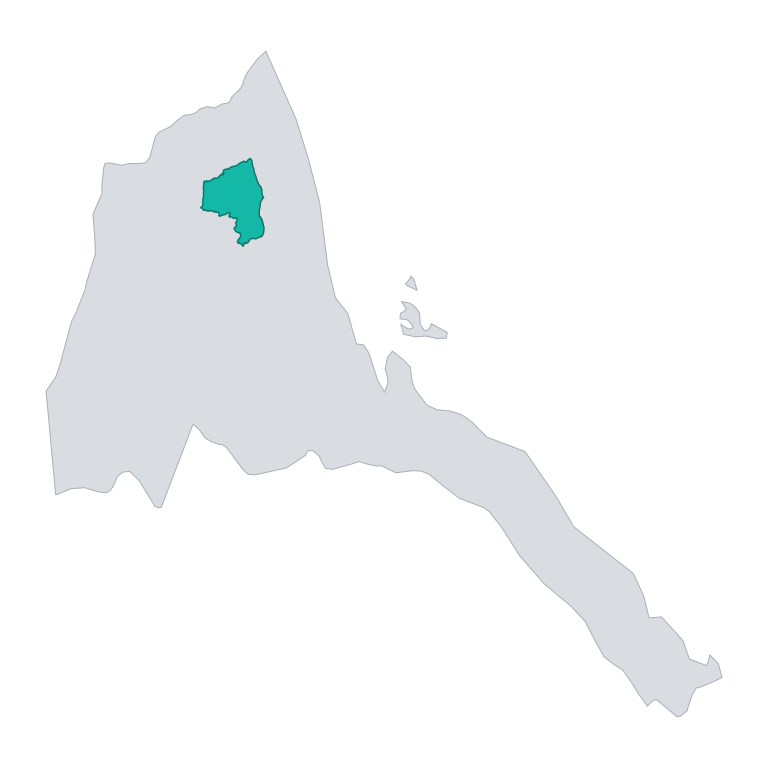 Nakfa, Semenawi Keyih Bahri, Eritrea shown in context
{"feature_id": "51966322B11242853993597", "entity_name": "Nakfa", "entity_type": "district", "adm_level": 2, "iso_a3": "ERI", "parent_name": "Eritrea", "parent_adm1": "Semenawi Keyih Bahri", "projection": "natural_earth1", "projection_center": [38.262, 16.728], "detail": "fine", "context": "in_parent", "style": "filled", "palette": "teal", "viewbox_px": 768, "rotation_deg": 0, "n_neighbors": 0, "source": "geoboundaries", "source_scale": "gbopen_adm2", "svg_char_len": 8147}
<svg xmlns="http://www.w3.org/2000/svg" viewBox="0 0 768 768"><path d="M55.7,494.6L52.5,460.6L50.4,437.9L48.2,413.8L46.1,391.1L55.7,377.2L60.2,363.9L71.7,320.9L76.2,312.3L85.2,289.2L86.5,282.6L95.4,253.5L94.6,234.2L92.9,214.6L97.7,203.1L102.0,193.8L101.8,186.0L103.7,167.8L105.1,163.3L110.4,163.0L121.3,165.3L129.2,163.5L138.4,163.5L145.5,162.9L149.8,157.4L155.5,136.2L159.3,131.9L162.1,130.6L170.3,126.7L177.2,120.5L182.9,116.1L185.0,115.2L191.0,114.6L197.0,112.0L199.7,109.0L207.3,106.6L214.7,108.0L219.7,105.3L223.0,103.7L226.7,103.5L230.2,101.1L231.6,97.3L233.8,94.9L239.6,89.4L242.3,85.4L243.5,81.4L244.6,78.1L247.2,72.8L257.2,59.2L265.9,51.3L296.3,119.7L308.7,160.1L319.6,202.3L327.7,265.6L335.4,297.8L347.9,313.7L356.4,343.8L363.7,345.0L369.0,353.2L378.1,381.5L384.6,392.0L388.0,382.9L387.6,377.7L385.1,369.0L387.4,357.8L392.4,351.1L404.0,360.3L410.3,367.2L412.0,381.1L414.7,388.8L426.8,405.1L437.0,409.8L450.3,411.0L461.4,414.6L470.3,420.6L486.9,437.1L525.0,451.6L555.8,496.1L573.9,526.9L633.4,573.6L643.7,596.0L649.1,617.9L661.6,616.9L683.1,640.8L689.4,659.1L707.0,665.7L709.9,654.9L718.4,663.8L721.9,677.5L710.7,682.9L698.4,687.8L696.6,687.6L692.5,693.9L686.8,711.2L680.3,716.2L676.9,716.7L657.6,700.5L654.6,699.6L650.4,702.8L647.4,706.1L638.4,693.8L631.8,683.0L622.6,670.0L613.7,664.2L604.1,656.9L594.7,640.0L585.0,621.3L570.8,606.0L544.3,584.0L519.9,556.1L501.3,526.9L489.3,511.7L484.1,507.8L459.4,498.3L442.1,485.0L428.7,474.0L420.6,471.0L412.7,470.7L395.8,472.8L381.8,465.9L375.9,465.9L366.5,463.9L359.1,461.5L350.5,464.4L332.8,469.3L325.5,468.3L321.5,461.4L319.2,456.1L313.0,450.7L307.9,450.7L305.1,455.6L286.5,467.9L255.5,474.8L248.1,474.3L242.7,469.3L227.0,448.1L222.5,444.7L219.0,444.4L211.7,441.9L204.9,437.8L198.9,429.1L193.0,424.2L186.5,441.2L175.2,470.9L169.1,486.8L161.3,507.3L158.9,507.9L154.9,506.4L139.4,480.9L129.7,471.3L122.4,472.2L117.1,476.9L113.7,485.4L110.1,490.7L106.2,492.8L97.7,491.8L84.7,487.7L71.3,488.6L57.5,494.4L55.7,494.6ZM420.3,324.4L424.5,330.7L427.4,330.1L429.7,328.0L431.3,323.6L447.2,332.4L446.3,338.2L436.8,338.5L425.8,336.0L415.7,336.9L403.6,334.3L400.8,324.4L408.5,329.2L412.5,328.0L413.2,326.7L407.7,320.0L400.0,318.7L400.5,313.4L404.0,311.4L406.1,308.8L401.7,301.6L410.3,303.2L415.8,307.6L419.4,312.7L420.3,324.4ZM413.7,278.8L417.1,290.2L407.2,285.8L405.6,283.5L409.9,278.9L410.8,276.2L413.7,278.8Z" fill="#d9dde1" stroke="#a8b0b8" stroke-width="1"/><path d="M203.7,190.5L203.6,191.7L203.5,192.6L203.5,193.4L203.7,194.8L203.6,195.0L203.6,195.7L203.7,196.3L203.5,196.7L203.4,197.2L203.1,197.6L203.0,198.2L203.0,201.2L202.8,201.4L202.8,202.0L202.9,203.3L202.8,205.0L202.7,205.2L202.7,205.6L202.6,205.9L202.3,206.4L202.2,206.4L201.7,206.9L201.3,207.3L201.1,207.3L200.8,207.4L200.7,207.7L200.8,207.8L201.0,207.9L201.3,207.9L201.6,207.9L202.3,208.4L202.8,209.0L203.2,209.5L203.4,210.1L203.6,210.3L203.9,210.4L204.4,210.2L204.7,209.9L205.7,210.2L205.9,210.4L206.4,210.5L207.0,210.9L207.6,210.8L208.3,211.0L208.6,210.9L208.9,210.9L209.2,210.7L209.4,211.0L209.8,210.8L210.8,210.6L211.3,210.7L211.8,210.8L212.9,211.5L214.0,211.9L214.5,211.8L215.1,211.3L215.3,211.2L215.6,211.4L215.9,212.1L216.0,212.4L216.6,212.3L217.3,212.1L217.8,212.1L218.3,212.2L218.6,212.4L219.1,213.2L219.1,213.6L219.0,213.9L219.2,214.6L219.1,214.9L218.8,215.3L218.8,215.6L219.1,216.0L219.3,216.1L219.6,216.2L219.8,216.2L220.5,215.9L221.4,215.5L221.7,215.3L222.2,215.1L222.9,215.1L223.6,214.8L224.0,214.6L225.0,214.7L225.6,214.5L226.1,214.0L226.7,213.6L227.1,213.3L227.6,213.2L227.8,213.1L228.1,213.0L228.7,213.0L229.0,212.9L229.9,212.9L229.8,213.6L229.7,214.1L229.5,214.6L229.1,215.4L229.0,215.9L229.1,216.3L229.2,216.5L229.7,217.0L229.9,217.2L230.0,217.2L230.4,216.7L230.9,216.7L232.4,217.5L233.0,218.0L233.3,218.1L233.6,218.4L234.4,218.5L235.0,218.4L235.5,217.9L235.7,217.7L236.1,217.7L236.5,217.9L237.0,218.5L237.2,219.4L237.2,219.7L237.0,220.4L236.6,221.0L236.1,221.8L235.9,222.6L235.7,223.3L235.7,223.6L236.1,224.3L236.4,225.2L236.4,226.0L236.2,226.4L235.4,226.9L235.1,227.4L234.7,227.5L234.4,227.8L234.2,228.3L234.2,228.5L234.5,229.4L234.7,229.9L235.1,230.3L235.5,231.1L236.1,231.7L236.3,231.8L236.7,231.9L237.2,232.1L238.1,232.3L238.6,232.5L238.8,232.7L239.1,232.9L239.3,232.9L239.7,232.6L240.0,232.6L240.2,233.9L240.3,234.1L240.4,234.6L240.7,235.5L240.7,236.4L240.4,237.1L239.9,237.7L239.4,238.2L239.2,238.5L238.8,239.1L238.6,239.5L238.2,239.9L237.6,241.0L237.5,241.5L237.6,242.1L237.9,242.8L238.2,243.1L238.4,243.2L238.6,243.1L238.8,242.8L239.3,242.6L239.5,242.8L239.8,243.5L240.5,243.7L241.8,244.3L242.2,244.9L242.5,245.4L242.6,246.1L242.9,246.1L243.5,245.6L243.5,244.9L243.6,244.4L243.9,244.0L244.4,243.9L244.5,243.8L244.5,243.6L244.4,243.1L244.4,242.9L244.5,242.8L244.8,242.7L245.0,242.7L245.3,242.9L245.7,242.9L245.9,243.0L246.1,243.2L246.2,243.3L246.3,243.2L246.6,242.9L246.9,242.6L247.2,242.6L247.5,242.9L247.8,242.7L248.2,242.0L249.1,241.2L249.0,240.9L249.1,240.7L249.2,240.4L249.5,240.0L250.4,239.1L250.9,238.7L251.2,238.6L252.2,238.6L252.7,238.5L252.9,238.5L253.5,238.5L254.1,238.4L254.3,238.4L255.0,238.7L255.4,238.8L256.6,238.6L257.1,238.1L258.9,237.5L259.2,237.2L259.6,237.1L259.9,237.0L260.3,236.8L260.8,236.7L261.4,236.8L261.5,236.8L261.6,236.7L262.1,235.9L262.8,234.8L263.4,233.3L263.7,232.3L263.8,231.3L263.8,230.9L263.7,230.4L263.9,229.5L264.0,227.9L264.0,227.6L263.8,226.7L263.5,226.2L263.2,224.2L263.1,223.8L262.9,222.9L262.5,222.2L262.4,221.7L262.4,221.0L262.4,220.6L262.3,220.4L262.2,220.2L261.9,219.9L261.6,219.3L261.5,219.0L261.2,218.6L261.0,217.8L260.8,217.5L260.4,216.9L260.1,216.7L259.8,216.6L259.6,216.5L259.4,215.8L259.3,215.4L259.2,215.0L259.3,212.5L259.2,211.3L259.3,209.9L259.5,208.9L260.0,207.4L260.0,207.2L259.9,206.9L259.9,206.6L260.0,206.2L260.2,205.4L260.2,204.5L260.3,204.1L260.3,203.1L260.7,202.1L261.3,200.9L262.4,199.0L262.7,198.3L263.0,198.1L263.4,198.0L263.5,197.9L263.5,197.7L263.4,197.4L263.3,197.2L263.1,197.1L262.9,196.8L262.8,196.4L262.6,195.9L262.3,194.9L262.0,193.6L261.8,190.0L261.6,189.1L261.3,188.1L261.0,187.3L260.8,186.7L260.3,186.0L259.9,185.7L259.6,185.5L259.1,185.0L258.7,184.4L258.4,183.9L258.3,183.7L258.1,182.6L257.6,181.9L257.3,181.2L256.8,179.7L256.2,177.6L255.5,175.4L255.3,175.0L255.2,174.6L254.9,174.3L254.7,173.6L254.5,172.9L254.2,171.7L254.0,169.7L253.0,167.1L252.7,166.4L252.6,165.7L252.5,164.8L252.0,162.1L252.0,161.1L251.6,160.1L251.0,159.3L250.9,159.0L250.5,158.7L250.1,158.6L249.6,158.9L249.2,159.0L248.7,159.4L248.4,159.8L247.8,160.2L247.6,160.4L247.3,161.2L247.0,161.7L246.7,161.8L246.2,161.9L246.0,162.1L245.9,162.1L245.6,161.8L245.4,161.7L244.8,161.6L244.6,161.4L244.3,161.3L244.0,161.5L243.2,161.5L242.5,161.8L242.2,162.1L241.5,162.4L240.7,162.7L240.5,162.9L240.4,162.9L240.2,163.0L239.9,163.1L237.8,164.9L236.5,165.4L236.2,165.6L235.6,165.9L235.2,166.1L234.8,166.1L234.2,166.3L233.5,166.3L232.8,166.6L232.1,166.6L231.9,166.7L231.5,166.8L231.1,167.4L230.6,167.7L229.7,168.0L229.4,168.2L229.1,168.3L228.8,168.5L228.8,168.9L228.4,169.1L228.2,169.1L227.8,169.0L227.7,169.0L227.3,169.2L227.1,169.0L226.9,169.1L226.3,169.1L225.6,169.4L225.2,169.4L224.6,169.7L223.9,170.1L223.5,170.4L223.4,170.4L223.3,171.0L223.5,171.5L223.5,172.0L223.4,172.5L223.7,172.9L223.5,173.4L223.3,174.3L223.3,174.5L223.1,174.5L222.6,174.0L222.4,173.5L222.3,173.4L222.1,173.4L221.9,173.6L222.0,174.0L221.9,174.1L221.9,174.3L221.6,174.5L221.3,175.1L221.0,175.2L220.7,175.1L219.7,175.5L219.7,175.9L219.7,176.1L219.6,176.4L219.4,176.5L219.2,176.7L219.2,176.8L218.5,177.0L218.2,177.1L217.9,177.7L217.4,178.3L216.6,178.3L216.4,178.4L215.9,178.2L215.2,178.2L214.8,178.0L214.6,178.1L214.3,178.3L214.0,178.3L213.8,178.6L213.3,178.7L213.0,178.8L212.6,178.9L211.8,180.2L211.6,180.3L211.1,180.5L210.7,180.4L210.6,180.5L210.0,181.0L209.7,181.4L209.5,181.5L209.3,181.4L208.8,181.2L208.5,181.0L208.2,181.0L208.0,180.9L207.9,181.0L207.8,181.3L207.7,181.4L206.7,181.8L206.6,181.7L206.7,181.4L206.6,181.1L206.2,181.3L205.8,181.3L205.3,181.3L205.0,181.1L204.6,181.2L204.4,181.4L204.1,181.5L203.8,182.7L203.6,183.9L203.7,184.7L203.7,185.5L203.5,186.5L203.7,187.0L203.6,187.5L203.5,188.0L203.3,188.3L203.6,189.7L203.6,190.1L203.7,190.5Z" fill="#14b8a6" stroke="#0f766e" stroke-width="1.5"/></svg>